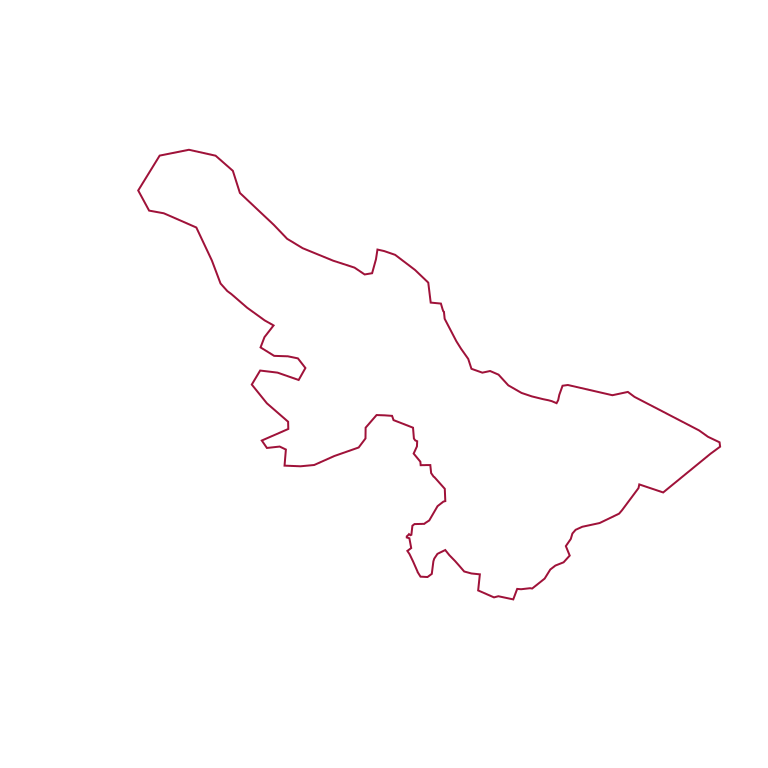 Itesiwaju, Oyo, Nigeria, rotated 34°
{"feature_id": "59680162B74485110483501", "entity_name": "Itesiwaju", "entity_type": "district", "adm_level": 2, "iso_a3": "NGA", "parent_name": "Nigeria", "parent_adm1": "Oyo", "projection": "orthographic", "projection_center": [3.357, 8.23], "detail": "fine", "context": "isolated", "style": "outline", "palette": "rose", "viewbox_px": 768, "rotation_deg": 34, "n_neighbors": 0, "source": "geoboundaries", "source_scale": "gbopen_adm2", "svg_char_len": 2165}
<svg xmlns="http://www.w3.org/2000/svg" viewBox="0 0 768 768"><g transform="rotate(34 384 384)"><path d="M347.2,507.3L360.8,498.9L371.4,490.2L383.0,471.6L398.5,450.8L399.1,439.5L393.2,430.5L395.2,413.9L402.1,409.6L408.5,405.9L412.1,408.6L428.9,404.8L432.5,404.0L439.3,412.5L441.5,413.3L443.5,412.9L446.2,417.3L447.5,425.1L457.6,428.1L459.8,430.8L466.5,426.1L467.7,425.3L472.9,431.5L477.0,433.1L477.7,433.0L493.0,436.9L500.3,446.8L499.0,448.3L496.7,455.3L497.8,471.8L496.3,475.4L496.1,475.7L495.6,477.4L487.6,483.1L486.8,485.6L491.0,493.7L490.4,494.6L488.7,494.5L488.7,495.1L488.1,497.6L488.7,498.5L491.3,497.7L498.3,504.8L496.7,509.3L500.4,510.8L507.4,514.9L516.9,520.9L517.0,521.1L522.0,523.3L528.0,519.7L529.8,514.7L524.1,503.4L523.3,500.7L523.3,494.9L527.6,487.4L534.0,489.4L541.8,491.0L547.6,492.5L555.3,494.6L562.4,492.2L569.9,488.2L577.5,502.5L594.5,499.4L597.5,496.0L611.6,490.3L609.0,479.4L612.4,477.5L619.3,471.6L621.2,470.7L626.0,455.5L625.6,444.8L627.6,438.7L632.6,431.4L633.9,422.4L625.4,416.7L625.5,408.0L623.8,402.6L624.4,397.7L628.2,391.5L640.5,378.7L651.4,360.0L651.9,355.7L653.2,328.0L651.8,324.5L676.1,317.8L678.9,308.4L693.7,259.2L697.7,248.0L694.8,244.7L682.1,246.6L671.1,246.3L598.9,254.6L590.6,254.2L580.1,265.1L579.8,265.3L579.6,265.6L537.0,282.0L533.0,285.6L535.4,295.0L537.4,299.9L537.8,303.4L532.7,304.4L529.5,305.5L524.4,307.6L513.5,311.6L503.0,314.5L487.8,315.6L473.7,312.2L464.7,313.9L459.2,319.6L448.0,322.5L439.8,316.1L428.2,311.7L420.1,308.1L397.8,296.0L393.3,290.6L392.6,290.6L390.9,289.4L386.2,285.5L377.2,290.4L364.0,275.2L345.9,272.1L321.0,270.7L309.8,273.7L303.4,276.2L307.6,285.1L312.2,298.8L306.7,304.0L294.5,304.0L272.9,310.2L240.6,316.9L222.5,317.8L203.7,313.7L157.7,306.2L139.5,291.8L116.7,288.9L91.3,298.9L70.3,320.1L72.0,361.0L92.3,371.6L106.0,365.6L140.9,359.2L172.3,377.9L192.3,392.1L202.2,394.6L207.1,394.8L227.9,397.3L249.5,398.0L259.7,397.2L258.7,412.0L261.2,422.7L277.2,422.1L288.8,414.8L298.3,410.9L309.9,414.7L311.0,428.4L289.4,434.1L273.8,442.1L274.7,458.4L297.7,465.5L325.6,468.9L329.8,474.8L314.3,499.2L322.7,502.5L332.5,494.2L339.3,493.2L347.2,507.3Z" fill="none" stroke="#9f1239" stroke-width="2"/></g></svg>